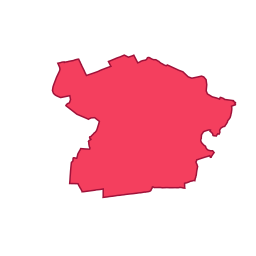 outline of Ogrezeni, Giurgiu, Romania, rotated 23°
{"feature_id": "2599482B64620511258400", "entity_name": "Ogrezeni", "entity_type": "district", "adm_level": 2, "iso_a3": "ROU", "parent_name": "Romania", "parent_adm1": "Giurgiu", "projection": "natural_earth1", "projection_center": [25.753, 44.398], "detail": "fine", "context": "isolated", "style": "filled", "palette": "rose", "viewbox_px": 256, "rotation_deg": 23, "n_neighbors": 0, "source": "geoboundaries", "source_scale": "gbopen_adm2", "svg_char_len": 5585}
<svg xmlns="http://www.w3.org/2000/svg" viewBox="0 0 256 256"><g transform="rotate(23 128 128)"><path d="M40.5,94.1L40.1,94.4L39.7,94.7L39.1,95.1L38.1,95.8L41.2,98.7L42.4,100.4L42.7,102.3L42.4,109.2L42.7,117.0L42.9,119.4L43.8,123.0L44.3,123.5L44.7,124.0L46.0,125.3L48.2,126.1L50.3,126.3L54.1,126.3L61.8,121.0L64.0,124.3L64.2,127.4L64.1,127.9L62.9,129.1L62.2,130.5L62.1,131.7L75.6,135.3L86.1,135.3L88.2,135.4L88.5,134.9L90.1,133.1L93.3,131.5L99.1,133.1L99.5,136.3L100.0,141.3L100.0,142.9L99.4,145.1L99.1,145.3L98.8,145.9L98.5,147.0L98.0,148.2L97.7,148.9L97.3,150.2L97.1,150.3L97.0,150.5L96.9,150.6L96.6,150.8L96.3,151.0L96.3,151.5L96.5,152.0L96.8,152.3L97.2,152.4L97.4,152.5L97.6,152.7L97.8,152.7L98.1,152.7L98.3,152.8L98.4,153.0L98.2,153.3L98.1,153.5L97.6,154.0L97.2,154.5L97.0,154.8L97.0,155.4L97.0,155.5L96.9,156.0L97.4,156.3L97.6,156.6L97.9,157.4L98.3,158.1L98.6,158.7L98.9,159.1L99.6,160.1L99.8,160.4L100.3,160.8L100.6,161.0L100.9,161.8L101.0,162.1L101.0,162.3L100.8,162.5L99.6,163.0L98.3,163.4L97.9,163.6L97.3,163.8L96.5,164.1L92.5,165.4L92.5,165.9L92.5,166.6L92.5,167.2L92.3,168.0L92.2,169.1L92.0,171.0L92.0,171.7L92.1,172.1L92.1,172.6L92.3,173.0L92.4,174.2L92.6,175.4L92.7,175.7L92.7,175.8L92.5,176.0L91.3,176.2L90.3,176.4L89.9,176.5L89.7,176.6L89.4,176.8L89.3,177.0L89.3,177.3L89.5,177.9L90.0,179.3L90.0,179.7L90.1,179.9L90.1,180.2L90.0,180.5L89.9,180.7L89.7,181.0L89.4,181.6L89.4,181.8L89.4,182.0L90.4,185.2L90.7,186.2L91.3,188.0L91.6,189.0L91.9,189.9L92.9,192.8L93.5,194.6L95.1,199.1L96.0,201.9L103.7,198.8L104.4,199.5L107.3,201.8L107.7,202.1L108.9,202.9L109.4,203.4L109.8,203.7L110.1,204.0L110.6,204.4L110.7,204.6L111.0,204.4L112.0,204.0L115.7,201.8L119.1,199.8L121.8,198.2L122.6,197.6L123.2,197.2L126.2,195.6L129.0,193.8L129.6,195.2L130.3,196.9L130.6,197.6L132.0,200.9L132.2,201.6L132.9,201.2L134.1,200.5L135.9,199.5L137.4,198.5L140.8,196.6L141.6,196.1L142.6,195.5L144.6,194.2L146.6,193.2L147.4,192.7L149.6,191.4L150.1,191.2L151.1,190.5L151.6,190.2L152.6,189.6L154.9,188.3L157.1,187.1L157.9,186.7L161.0,184.9L163.6,183.3L164.2,183.0L164.7,182.8L166.0,182.0L166.6,181.6L167.9,180.7L169.1,180.2L169.8,179.7L171.5,178.7L172.2,178.2L173.1,177.3L173.5,176.5L173.4,176.3L173.4,176.0L173.4,175.5L173.6,174.4L173.7,174.0L173.6,173.6L173.5,172.7L174.6,172.4L175.0,172.6L175.7,172.5L176.0,172.3L181.1,170.1L183.0,169.6L185.9,168.2L187.2,167.6L189.4,166.8L195.2,164.3L197.7,163.3L199.0,162.4L200.9,161.8L201.3,161.8L203.1,161.4L203.8,161.1L203.4,160.6L201.7,156.8L201.9,156.7L202.5,156.1L203.4,155.6L204.3,154.7L205.3,153.8L205.4,153.6L205.9,153.0L206.8,152.3L207.6,151.8L208.8,150.8L209.3,150.5L210.1,150.4L209.7,148.5L209.6,147.9L209.6,147.1L209.4,146.1L209.3,145.7L209.3,145.2L209.2,144.5L209.0,143.9L208.9,143.6L208.0,140.4L207.5,138.0L207.1,136.1L206.6,135.7L205.7,134.6L204.9,133.9L203.8,132.8L203.9,131.7L203.9,131.2L203.7,130.4L204.9,129.5L205.7,128.7L206.3,128.2L210.2,124.8L212.8,122.7L213.7,121.9L214.0,121.6L215.3,122.8L216.0,122.4L215.9,121.7L216.4,118.9L216.7,117.9L216.8,117.0L216.6,117.0L216.5,116.8L216.3,116.6L216.0,116.5L215.7,116.4L215.1,116.0L214.9,115.9L214.7,115.9L214.4,116.0L213.7,116.4L213.2,116.6L212.2,116.8L211.8,116.8L211.2,117.0L210.7,117.0L210.4,117.0L209.9,116.9L209.4,116.8L209.1,116.7L208.6,116.5L207.7,115.9L207.2,115.5L206.8,114.9L206.5,114.6L206.3,114.5L206.0,114.4L205.1,114.3L204.5,114.1L204.2,114.0L203.3,113.6L202.2,113.2L201.8,112.9L201.4,112.6L201.0,112.4L200.2,111.6L199.9,111.2L199.7,110.6L199.6,110.3L199.5,109.8L199.5,108.8L199.4,108.6L199.2,108.3L198.8,106.9L198.6,106.4L198.5,105.9L198.3,105.8L198.3,105.5L198.3,105.4L198.4,105.1L198.9,102.4L198.9,102.2L199.2,101.8L199.3,101.5L199.4,101.4L201.4,99.6L203.4,98.0L204.7,97.7L204.7,98.9L205.5,99.0L206.2,99.4L207.4,99.8L208.1,100.2L208.6,100.8L209.0,101.5L209.3,101.7L209.5,101.7L210.7,101.4L211.6,101.1L212.4,100.9L212.5,99.9L212.7,99.0L212.9,98.2L214.2,98.1L214.3,96.2L214.0,95.6L213.2,94.1L213.5,91.9L214.9,89.8L216.4,88.7L216.6,87.3L217.0,85.5L217.2,83.5L216.9,82.5L217.5,80.5L217.8,79.2L217.9,78.2L217.6,75.8L217.4,75.1L217.2,73.6L216.4,70.7L215.7,68.9L214.8,67.5L216.5,65.8L216.7,65.6L217.7,64.8L217.8,64.6L216.8,63.6L216.8,63.1L217.1,62.8L216.9,62.6L216.6,62.6L216.0,62.4L214.6,62.3L214.4,61.6L205.6,64.0L204.7,63.5L201.3,63.6L200.9,63.9L201.0,65.6L197.5,65.8L193.4,66.4L187.8,65.6L185.5,63.3L183.6,57.4L181.0,53.0L177.8,51.4L175.4,51.5L172.1,53.9L167.3,57.2L163.4,57.4L156.6,54.8L152.2,55.0L139.6,54.6L138.8,55.8L138.3,55.8L137.5,55.9L135.9,55.8L135.0,55.6L133.1,55.5L131.4,55.1L130.3,54.6L129.9,54.7L129.5,54.6L128.6,54.5L127.3,54.3L126.9,54.3L126.6,54.4L126.3,54.5L125.8,54.7L125.2,55.0L124.9,55.1L124.6,55.1L123.6,55.2L122.1,55.1L121.6,55.1L121.1,54.9L120.6,54.9L120.3,54.9L119.8,54.9L119.3,55.1L118.9,55.3L118.5,55.7L118.4,56.0L118.4,56.5L118.4,56.9L118.3,57.3L118.2,57.7L117.9,58.1L117.7,58.5L117.4,58.9L116.9,59.2L116.6,59.2L115.6,60.0L114.8,60.5L114.7,60.6L114.3,61.1L113.6,61.7L113.0,62.7L111.5,64.2L109.2,62.3L104.9,58.7L104.0,59.7L102.2,61.3L101.2,62.2L100.7,62.7L100.4,62.6L99.5,62.6L99.2,62.6L98.9,62.5L98.4,62.5L97.1,62.4L96.7,62.4L96.3,62.3L96.0,62.4L95.0,63.5L94.3,64.2L93.0,65.6L92.3,66.2L90.1,68.2L89.0,69.4L88.2,70.2L85.2,73.3L84.0,74.4L86.6,76.6L87.8,77.6L88.2,77.9L84.1,81.7L82.9,82.9L81.1,84.6L79.2,86.6L78.8,87.2L77.0,88.9L74.6,91.1L69.2,95.9L68.2,95.0L66.6,93.7L65.4,92.5L62.6,90.1L60.5,88.3L60.4,88.0L60.0,87.7L59.6,87.5L58.0,85.9L57.2,85.3L55.7,83.9L55.2,84.1L53.5,85.3L52.9,85.8L52.5,86.1L52.1,86.5L51.4,87.2L47.6,89.7L46.6,90.5L44.3,92.0L43.8,92.5L43.5,92.1L42.3,92.7L41.1,93.5L40.5,94.1Z" fill="#f43f5e" stroke="#9f1239" stroke-width="1.5"/></g></svg>